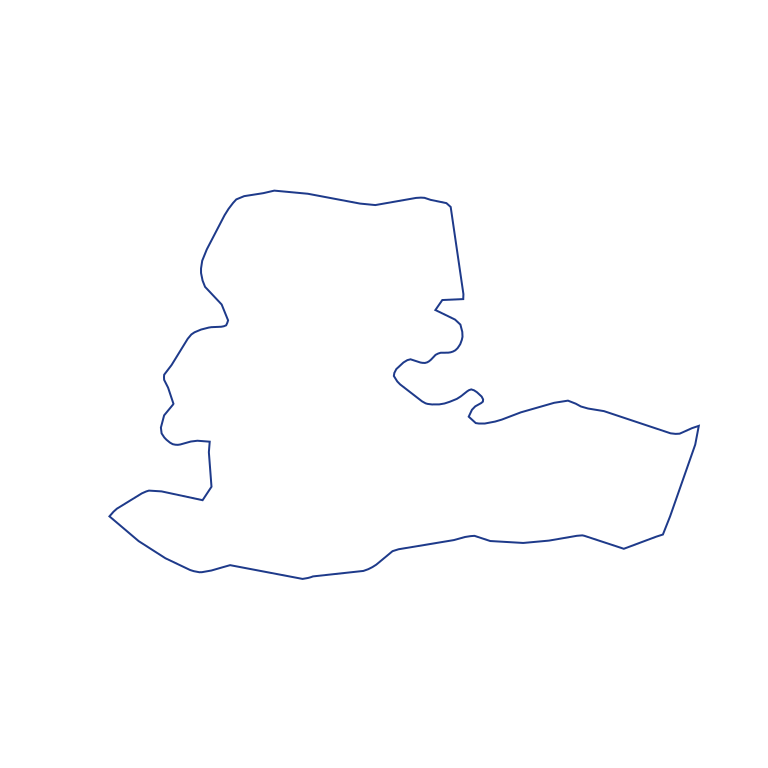 the border of Suchitepéquez, rotated 257°
{"feature_id": "GTM-1952", "entity_name": "Suchitepéquez", "entity_type": "Department", "adm_level": 1, "iso_a3": "GTM", "parent_name": "Guatemala", "parent_adm1": "", "projection": "robinson", "projection_center": [-91.398, 14.394], "detail": "fine", "context": "isolated", "style": "outline", "palette": "blue", "viewbox_px": 768, "rotation_deg": 257, "n_neighbors": 0, "source": "natural_earth", "source_scale": "10m", "svg_char_len": 2191}
<svg xmlns="http://www.w3.org/2000/svg" viewBox="0 0 768 768"><g transform="rotate(257 384 384)"><path d="M254.9,673.6L190.7,633.0L174.6,621.9L174.0,614.9L169.5,580.6L191.0,545.1L191.9,543.2L192.7,537.8L194.3,509.5L197.8,483.9L207.1,452.2L215.7,438.0L216.3,434.1L216.7,428.5L216.2,417.0L219.7,361.1L219.2,354.7L209.7,335.8L208.2,331.5L207.1,327.0L206.5,321.9L212.5,271.5L212.2,269.0L212.1,266.2L212.4,260.8L242.1,193.3L241.7,184.9L241.1,173.9L241.6,164.3L242.1,161.8L244.4,156.6L246.4,153.2L263.4,131.8L286.1,109.6L316.8,86.7L320.4,91.7L322.6,95.7L331.9,123.4L332.8,128.1L333.0,131.0L329.4,143.1L311.6,181.1L322.7,192.8L356.9,198.0L367.0,201.2L370.7,189.4L371.4,182.8L370.9,171.9L371.1,169.4L371.8,167.0L372.9,164.6L375.0,162.3L378.6,159.5L381.3,157.9L385.9,156.2L391.7,156.8L402.9,162.7L411.5,173.9L412.1,174.4L429.0,172.8L437.5,170.7L440.3,171.2L442.5,171.9L450.3,181.3L472.2,202.9L475.6,207.4L477.0,211.0L478.2,218.0L478.4,226.0L478.2,228.6L476.4,238.3L476.3,240.9L476.7,243.4L478.9,245.1L481.1,246.4L498.0,243.7L518.9,231.5L525.6,230.5L533.3,230.7L537.7,231.7L545.0,234.6L555.0,241.6L584.3,266.6L589.6,271.9L594.4,277.7L597.1,281.6L598.5,290.0L597.1,309.3L597.1,320.6L586.5,352.6L565.2,401.2L560.3,415.8L558.1,457.1L557.3,461.9L556.3,465.3L552.9,470.9L546.2,485.5L541.5,488.8L453.7,481.6L448.9,480.3L452.7,459.7L444.5,450.7L430.8,467.7L424.7,471.8L417.2,472.0L412.3,471.1L409.4,469.7L405.6,467.2L402.4,463.8L400.8,461.1L400.1,458.5L399.9,456.0L400.1,453.5L401.7,446.3L401.5,443.6L400.8,440.8L397.1,435.2L396.0,433.0L395.4,431.0L395.3,428.7L395.9,426.4L396.7,424.4L402.1,415.4L402.0,412.1L400.6,407.8L395.8,399.4L392.5,396.6L389.6,395.4L383.5,397.5L380.0,399.6L358.5,417.2L355.8,420.2L354.8,422.0L353.3,426.1L351.7,433.3L351.4,438.6L351.9,444.1L353.1,451.6L354.6,455.9L358.2,463.5L358.9,465.5L359.1,467.8L357.6,470.3L355.1,472.7L349.8,476.3L346.7,477.1L344.6,476.4L343.6,474.5L341.7,467.9L339.1,463.9L333.1,459.2L325.3,464.6L324.2,467.4L322.8,473.3L322.4,483.8L322.8,490.7L325.6,511.0L327.4,545.6L326.4,559.5L321.7,566.4L317.8,570.8L314.2,577.3L308.1,592.2L271.5,652.1L269.8,656.9L269.1,660.9L271.7,674.2L272.4,681.3L254.9,673.6Z" fill="none" stroke="#1e3a8a" stroke-width="2"/></g></svg>